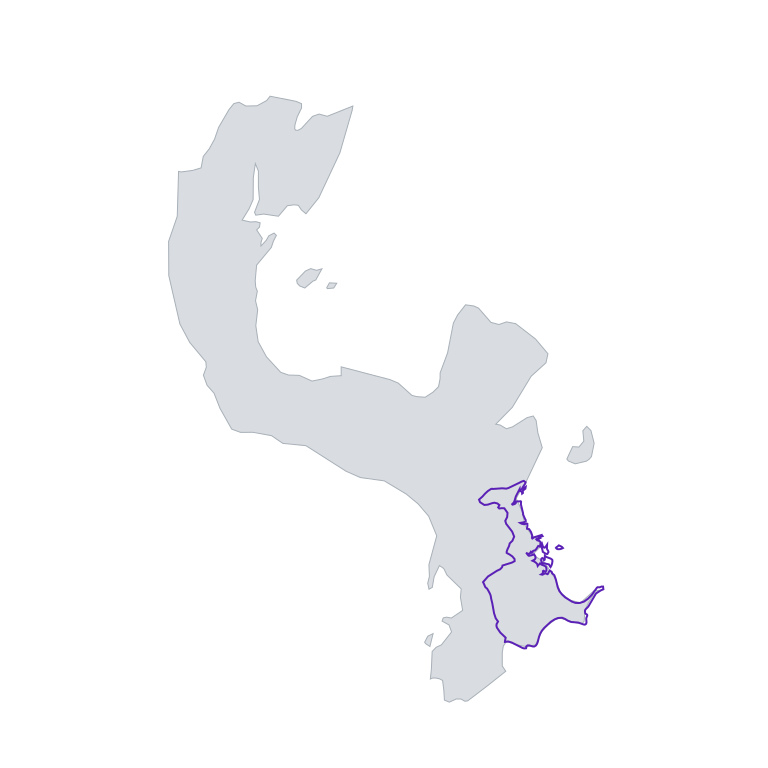 Chiriquí on a map of Panama (Natural Earth projection), rotated 232°
{"feature_id": "PAN-1332", "entity_name": "Chiriquí", "entity_type": "Province", "adm_level": 1, "iso_a3": "PAN", "parent_name": "Panama", "parent_adm1": "", "projection": "natural_earth1", "projection_center": [-82.256, 8.459], "detail": "fine", "context": "in_parent", "style": "outline", "palette": "violet", "viewbox_px": 768, "rotation_deg": 232, "n_neighbors": 0, "source": "natural_earth", "source_scale": "10m", "svg_char_len": 6875}
<svg xmlns="http://www.w3.org/2000/svg" viewBox="0 0 768 768"><g transform="rotate(232 384 384)"><path d="M678.0,353.0L676.0,354.7L670.2,364.5L666.9,372.9L674.6,381.7L676.9,391.1L681.3,401.3L688.0,411.6L695.6,430.6L697.4,438.3L695.3,443.2L688.1,446.3L681.4,455.2L679.6,466.0L680.9,471.4L660.9,488.7L655.7,491.6L652.3,489.0L648.0,480.2L642.9,473.2L640.1,470.8L638.5,470.6L636.9,472.3L636.2,476.1L638.9,492.4L636.7,499.0L629.9,504.1L622.2,530.6L619.1,527.2L593.3,491.5L570.9,447.3L566.2,427.3L572.0,426.1L577.6,426.5L580.6,423.4L584.0,417.6L581.2,404.1L592.0,393.8L596.0,386.9L599.0,387.7L606.1,399.5L616.4,406.2L629.1,416.1L636.9,418.3L627.0,408.0L609.9,394.4L605.1,385.5L600.5,373.1L593.9,378.5L590.8,383.0L587.3,385.6L584.3,382.5L583.8,378.5L573.7,377.7L571.1,374.0L568.5,372.0L569.7,379.7L571.7,384.5L570.6,390.3L567.4,390.7L564.6,384.7L561.0,379.3L556.1,356.8L544.7,346.1L539.4,342.6L535.1,341.3L528.7,334.0L520.3,330.2L508.9,318.9L494.8,310.9L477.7,308.1L456.8,309.8L449.8,314.3L445.1,320.0L442.9,322.6L430.6,329.1L425.9,338.5L423.0,346.4L416.9,355.4L423.9,360.8L383.8,391.4L375.9,395.8L357.8,399.0L353.7,402.2L348.2,408.3L347.4,417.5L348.3,425.3L353.5,431.3L358.2,435.1L369.4,453.3L389.3,476.2L393.1,484.6L396.2,497.0L390.2,502.8L385.6,505.2L366.7,506.2L360.1,511.2L357.5,518.8L350.5,524.9L326.1,531.1L306.9,531.8L301.0,524.7L299.5,504.7L286.6,470.7L283.5,447.3L280.3,450.2L273.4,452.9L271.1,458.8L269.4,476.0L266.9,481.9L261.6,481.4L250.8,475.2L236.4,469.5L218.0,432.9L216.0,426.0L212.4,417.7L198.2,414.3L186.2,408.1L172.9,407.2L166.2,410.6L159.3,406.2L158.1,396.2L144.3,400.7L126.5,399.1L110.6,394.8L99.7,397.1L90.6,404.2L91.9,422.5L89.2,426.1L88.8,418.6L85.6,410.0L81.8,402.9L73.8,395.6L73.4,392.9L76.6,389.1L91.1,378.5L92.9,374.0L93.2,364.8L91.8,355.9L85.2,342.8L89.0,334.8L96.5,328.3L104.1,323.2L105.4,321.0L104.0,316.6L99.5,311.8L89.0,303.6L82.7,303.1L82.5,279.6L82.8,254.7L84.4,252.3L88.3,250.8L91.3,247.0L93.1,239.6L97.7,237.0L106.0,242.7L114.4,247.7L117.9,246.0L120.6,243.6L122.4,241.2L123.0,238.9L129.8,245.5L143.6,257.3L144.4,263.1L143.1,268.6L147.0,284.6L154.1,286.9L161.4,283.8L163.2,286.7L161.8,289.7L158.1,293.0L157.2,306.6L169.0,313.0L175.0,318.7L194.6,316.0L201.8,317.5L206.8,315.9L201.3,304.9L194.0,296.8L194.6,293.1L200.1,295.8L204.4,301.3L214.0,308.2L231.9,332.1L252.3,337.8L268.4,337.1L283.5,333.8L307.5,324.6L324.8,307.8L338.6,300.4L383.5,284.5L399.4,267.8L406.1,265.6L412.5,263.6L426.6,251.0L434.2,241.2L442.2,236.2L465.9,239.8L481.3,244.4L491.9,243.8L502.1,247.1L506.6,254.3L511.2,257.3L536.3,256.5L556.9,260.1L602.0,281.2L629.0,302.1L643.4,324.3L678.0,353.0ZM225.8,517.7L219.9,518.4L207.9,513.1L199.1,502.8L198.4,499.4L198.6,496.0L203.4,485.5L209.8,481.9L212.3,481.9L218.5,494.1L214.3,498.8L216.0,506.3L224.7,511.9L225.8,517.7ZM515.1,400.8L513.0,406.0L508.0,394.3L508.8,391.3L508.4,380.7L513.2,377.9L516.7,377.6L519.6,379.1L521.4,391.6L520.0,397.3L515.1,400.8ZM158.3,263.2L157.1,269.0L148.9,258.6L153.8,256.9L155.5,257.1L158.3,263.2ZM497.3,403.3L492.5,408.8L490.6,403.5L494.0,398.1L495.1,398.1L497.3,403.3Z" fill="#d9dde1" stroke="#a8b0b8" stroke-width="1"/><path d="M77.5,402.0L76.8,401.9L76.2,401.4L75.2,399.6L74.6,398.9L71.6,396.9L70.6,395.7L70.7,394.1L71.7,393.2L76.5,390.1L81.3,384.9L84.4,383.1L87.4,382.0L90.2,380.4L92.5,377.0L93.5,373.4L93.9,369.0L93.2,360.3L92.4,356.6L91.1,353.4L89.3,350.5L85.9,346.1L85.0,344.5L84.4,342.7L84.6,340.9L85.4,339.8L88.6,337.5L89.6,336.2L89.6,334.5L88.8,333.9L88.3,333.3L89.3,331.7L90.6,330.7L101.6,325.5L104.8,323.2L106.3,320.5L106.9,321.0L109.2,323.7L116.5,322.6L122.6,323.0L124.3,323.8L125.5,324.9L126.6,327.6L130.6,327.8L135.6,329.6L144.5,334.3L149.3,336.5L151.2,337.6L153.2,338.3L156.5,338.9L159.4,339.3L160.0,339.1L161.5,338.8L162.3,339.0L166.7,340.1L166.9,340.1L168.3,347.4L167.3,357.9L166.5,361.5L166.9,364.2L168.0,365.6L164.5,374.9L164.0,377.9L165.7,379.1L169.1,379.0L172.6,377.9L174.3,377.1L175.4,376.7L176.4,377.5L177.6,379.3L179.4,382.9L181.0,384.9L181.4,388.7L183.6,392.6L188.7,394.1L198.6,394.2L201.5,395.3L203.3,399.1L206.4,402.0L212.0,402.3L213.7,400.3L214.9,398.2L216.5,398.0L217.5,400.4L220.1,399.8L222.5,397.9L223.5,395.9L225.0,391.6L226.9,388.6L231.7,386.9L234.4,387.7L234.7,392.4L235.4,396.2L235.7,399.9L235.4,403.6L235.1,404.3L235.0,404.6L234.3,405.1L229.0,413.0L226.3,415.9L225.9,416.8L225.4,418.1L222.7,430.5L222.5,432.0L222.0,433.4L221.6,434.5L219.4,435.1L218.6,434.0L217.0,429.3L216.4,428.1L215.7,430.0L215.6,431.0L215.6,432.2L214.5,431.0L214.5,429.1L214.3,427.4L212.6,426.4L212.6,425.4L213.6,426.0L214.4,426.3L215.1,426.1L215.6,425.4L216.4,425.4L216.7,425.8L217.0,425.9L217.8,426.4L214.2,418.6L211.8,415.3L210.7,413.3L210.4,411.0L209.8,411.0L209.2,412.4L208.9,413.8L209.2,414.8L210.4,415.3L209.8,416.3L208.2,418.3L207.5,419.5L206.8,419.5L204.9,417.8L196.5,414.0L195.6,413.3L191.1,412.1L189.6,411.9L188.5,411.1L188.9,409.2L190.7,405.8L189.4,406.3L187.9,407.4L186.8,408.9L186.3,410.5L185.6,410.9L184.1,409.8L181.9,407.6L180.3,409.0L176.8,408.7L173.3,407.5L171.6,405.8L170.9,405.8L170.7,408.1L168.1,415.0L167.8,414.7L167.4,414.5L167.2,414.4L167.2,415.3L166.5,415.3L167.5,412.4L167.5,411.4L166.5,411.9L166.7,410.8L166.8,410.1L167.2,409.6L167.9,409.3L167.9,408.4L166.5,408.5L164.7,409.8L163.2,410.1L162.3,409.7L160.9,408.1L159.8,407.6L159.8,406.8L160.4,406.6L160.9,406.1L161.4,405.8L160.1,402.0L160.0,400.3L160.6,399.1L160.6,398.2L160.0,397.6L159.9,397.0L160.1,396.3L160.6,395.7L160.8,396.0L160.7,396.3L160.8,396.6L161.4,396.5L160.8,394.8L161.0,393.6L161.8,392.7L163.6,392.2L161.1,392.1L159.7,392.2L159.2,392.7L157.5,396.7L157.4,397.4L155.3,397.2L153.6,396.4L152.9,394.8L153.3,392.2L151.6,393.1L149.7,393.7L147.8,393.9L146.0,393.1L146.2,393.9L146.4,395.7L146.6,396.5L144.9,396.8L141.9,398.6L140.5,399.1L138.5,398.4L136.9,397.0L136.7,395.6L138.7,394.7L138.7,394.0L137.8,393.5L137.3,392.8L137.1,391.8L137.2,390.6L136.1,391.5L135.9,393.0L135.5,394.6L133.5,395.7L133.5,396.5L133.9,397.2L134.4,398.1L134.7,399.0L134.9,399.9L132.9,400.4L132.2,400.4L131.3,399.9L128.5,400.5L124.2,399.1L116.7,395.7L112.8,394.7L108.6,394.7L104.3,395.4L96.8,398.1L93.5,400.2L91.0,403.3L89.4,407.6L89.2,412.7L89.9,418.0L92.4,426.4L92.4,427.1L91.0,428.8L90.4,430.8L89.5,431.9L87.2,430.5L87.9,427.7L88.4,422.1L82.8,407.9L82.3,404.0L81.6,402.7L79.7,401.5L78.8,401.4L77.5,402.0ZM146.6,402.5L149.6,405.0L147.5,405.6L143.7,407.9L141.9,408.4L140.7,407.7L139.2,406.1L137.9,404.2L137.2,402.5L137.9,402.5L140.3,402.9L145.8,398.4L148.1,399.1L149.4,400.4L149.4,401.6L148.3,402.2L146.6,401.6L146.6,402.5ZM160.6,410.1L158.4,409.3L156.9,409.2L156.2,409.7L156.2,410.8L156.3,411.4L157.0,413.6L154.0,411.0L153.2,410.8L151.0,410.5L150.3,410.1L149.5,408.1L150.5,407.0L154.0,405.8L155.5,406.6L157.7,407.4L159.7,408.5L160.6,410.1ZM144.6,424.0L144.9,422.5L145.6,420.9L146.6,419.5L147.7,418.7L149.0,418.6L149.2,419.4L149.1,420.8L149.2,422.4L147.3,423.4L146.1,423.9L144.6,424.0Z" fill="none" stroke="#5b21b6" stroke-width="2"/></g></svg>